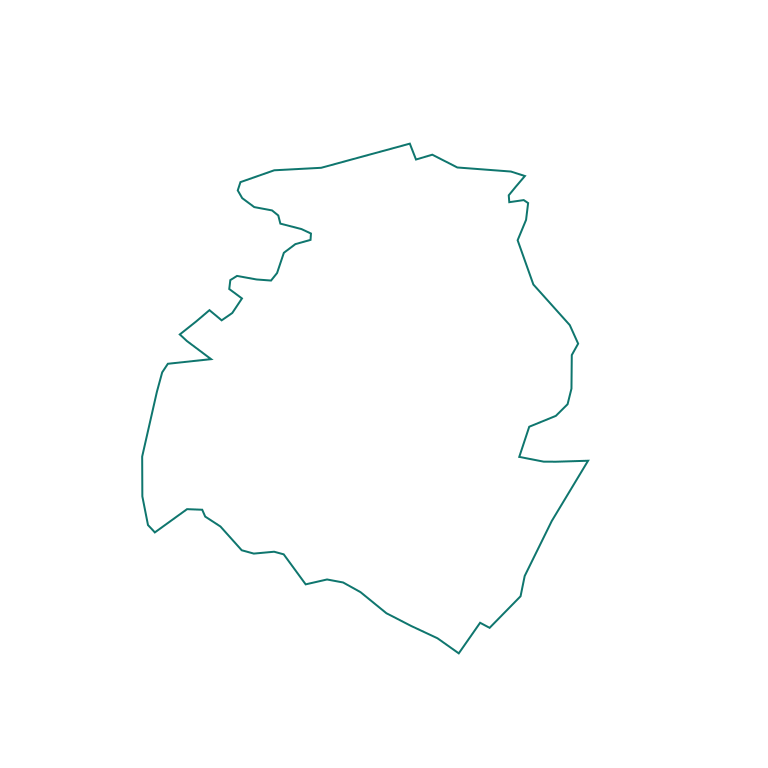 Yerevan, Erevan, Armenia, rotated 214°
{"feature_id": "60910142B26577174907162", "entity_name": "Yerevan", "entity_type": "district", "adm_level": 2, "iso_a3": "ARM", "parent_name": "Armenia", "parent_adm1": "Erevan", "projection": "albers", "projection_center": [44.528, 40.164], "detail": "fine", "context": "isolated", "style": "outline", "palette": "teal", "viewbox_px": 768, "rotation_deg": 214, "n_neighbors": 0, "source": "geoboundaries", "source_scale": "gbopen_adm2", "svg_char_len": 1162}
<svg xmlns="http://www.w3.org/2000/svg" viewBox="0 0 768 768"><g transform="rotate(214 384 384)"><path d="M171.4,202.5L170.8,239.8L160.1,240.9L152.1,284.4L160.0,303.5L168.3,364.2L171.9,434.5L197.6,416.0L208.0,409.0L231.1,399.2L239.7,429.8L223.7,453.7L220.5,469.9L226.0,485.0L244.5,513.0L245.6,526.0L262.9,536.7L315.8,550.0L353.6,577.9L358.0,599.5L365.7,614.6L371.0,614.6L381.8,604.8L386.1,610.2L385.1,621.0L383.5,635.2L397.6,631.1L444.3,604.5L472.2,601.1L483.0,588.0L497.0,597.7L557.0,528.1L594.5,499.8L615.9,471.1L613.5,462.7L605.5,458.8L590.5,458.1L573.9,465.3L565.9,464.6L559.6,459.0L539.0,466.3L528.7,467.9L525.5,462.4L535.7,450.4L540.4,436.8L534.7,416.2L535.5,406.6L548.1,399.4L566.3,391.4L569.5,384.2L565.4,376.2L549.6,375.5L549.5,358.0L554.2,346.0L570.0,347.6L574.7,330.8L581.0,310.9L571.4,309.4L541.3,307.9L574.5,279.9L574.4,269.6L567.9,250.5L543.9,188.6L521.5,155.7L500.8,135.1L492.9,133.3L491.0,132.8L477.3,170.1L464.4,178.1L458.1,174.1L439.9,174.4L409.0,166.6L397.1,170.6L381.3,183.5L371.9,186.7L336.9,174.1L321.9,190.1L306.9,196.6L287.1,198.3L253.8,195.3L226.1,198.6L197.5,203.1L171.4,202.5Z" fill="none" stroke="#0f766e" stroke-width="2"/></g></svg>